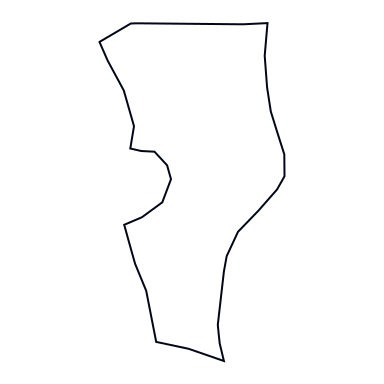 outline of Guéra, Guéra, Chad
{"feature_id": "50815135B83117027765697", "entity_name": "Guéra", "entity_type": "district", "adm_level": 2, "iso_a3": "TCD", "parent_name": "Chad", "parent_adm1": "Guéra", "projection": "robinson", "projection_center": [18.747, 12.012], "detail": "fine", "context": "isolated", "style": "outline", "palette": "ink", "viewbox_px": 384, "rotation_deg": 0, "n_neighbors": 0, "source": "geoboundaries", "source_scale": "gbopen_adm2", "svg_char_len": 591}
<svg xmlns="http://www.w3.org/2000/svg" viewBox="0 0 384 384"><path d="M99.5,41.9L99.5,42.0L107.7,60.7L123.8,90.5L134.0,126.2L130.3,148.5L141.2,151.0L154.5,151.7L167.1,165.3L171.0,179.2L162.3,202.3L142.0,217.2L124.2,224.8L131.2,250.0L135.1,263.8L146.2,290.8L156.2,341.9L188.6,348.8L223.9,361.0L219.7,343.4L218.7,334.1L217.8,324.8L223.9,271.5L226.7,256.1L238.0,231.8L258.4,210.7L277.1,189.4L284.5,176.3L284.3,154.4L276.9,131.1L270.8,111.5L267.1,87.5L264.7,55.8L267.5,23.1L243.0,24.3L242.9,24.3L136.9,23.3L136.7,23.3L130.8,23.5L99.5,41.9Z" fill="none" stroke="#020617" stroke-width="2"/></svg>